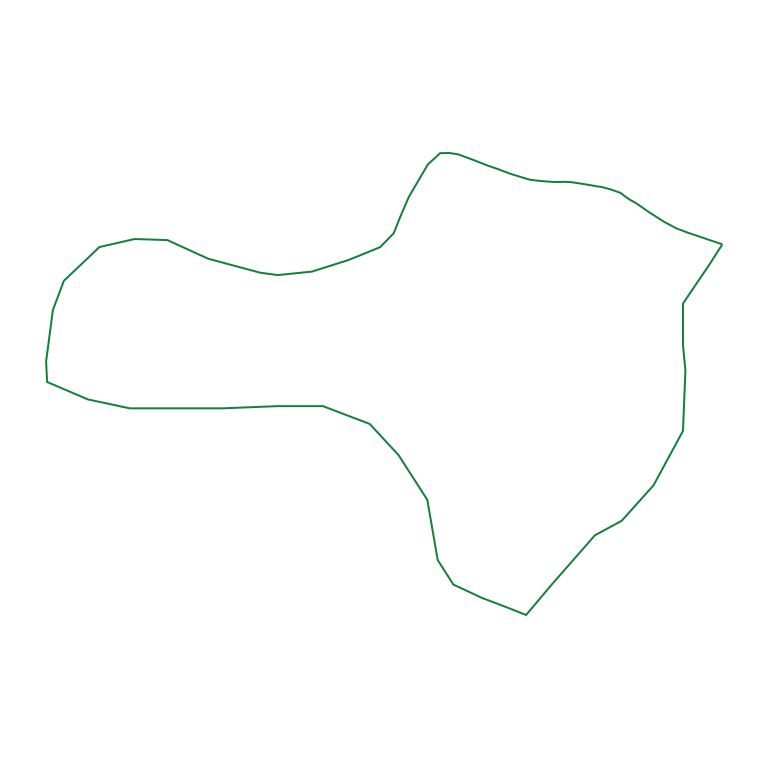 La Guerre/Chickenback Street, Dauphin, Saint Lucia (Natural Earth projection), rotated 270°
{"feature_id": "8701671B75874971152676", "entity_name": "La Guerre/Chickenback Street", "entity_type": "district", "adm_level": 2, "iso_a3": "LCA", "parent_name": "Saint Lucia", "parent_adm1": "Dauphin", "projection": "natural_earth1", "projection_center": [-60.93, 14.024], "detail": "fine", "context": "isolated", "style": "outline", "palette": "green", "viewbox_px": 768, "rotation_deg": 270, "n_neighbors": 0, "source": "geoboundaries", "source_scale": "gbopen_adm2", "svg_char_len": 1440}
<svg xmlns="http://www.w3.org/2000/svg" viewBox="0 0 768 768"><g transform="rotate(270 384 384)"><path d="M386.0,47.1L368.6,87.8L359.7,129.6L359.7,176.6L359.7,223.6L361.9,278.4L361.9,322.8L344.0,369.8L312.8,398.6L268.2,427.3L208.0,437.7L183.4,453.4L170.0,482.1L161.1,505.6L153.0,526.1L182.5,550.9L232.7,594.9L247.3,621.8L282.8,653.6L337.1,683.0L397.7,685.4L422.7,683.0L443.6,683.0L464.5,683.0L504.2,709.9L523.0,721.9L524.0,721.4L525.7,716.3L528.2,708.8L529.6,704.8L535.0,688.6L539.9,675.8L546.3,663.9L547.7,661.7L555.7,649.2L559.0,644.5L560.3,642.6L565.1,635.6L568.0,630.4L568.8,629.1L571.0,625.9L572.6,623.8L574.0,621.9L574.8,621.0L575.7,619.0L578.1,612.0L578.6,610.7L581.0,601.8L581.7,596.4L582.3,593.5L583.0,589.4L583.8,584.6L584.5,580.2L585.4,574.3L585.8,570.9L586.0,569.3L586.2,564.4L586.0,558.9L586.1,552.8L586.8,542.9L587.0,540.8L587.9,532.7L588.5,529.1L592.6,515.5L594.8,508.7L599.4,496.6L600.2,494.1L603.0,486.1L606.6,477.0L607.1,475.8L609.1,470.5L613.5,458.7L614.0,455.8L615.0,449.4L614.9,445.1L614.9,440.2L611.9,437.0L603.6,427.9L577.2,412.4L571.0,408.8L569.2,408.0L548.9,399.3L538.4,395.2L534.9,393.8L529.3,388.4L520.9,380.2L519.6,377.1L508.1,348.8L499.2,320.7L496.4,312.0L495.6,303.9L492.9,277.9L495.3,260.2L509.2,208.4L516.8,191.7L527.9,167.4L528.3,155.5L529.0,134.7L523.8,111.9L520.9,99.3L515.4,93.6L487.1,63.8L476.0,59.7L458.0,52.9L410.3,46.6L406.7,46.1L386.0,47.1Z" fill="none" stroke="#15803d" stroke-width="2"/></g></svg>